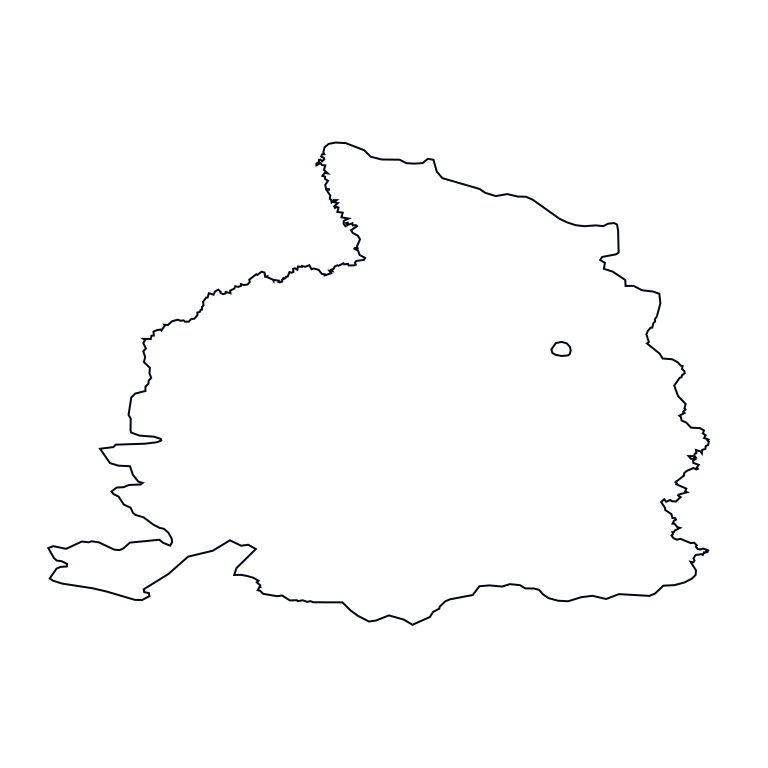 the district of Mwenga, Sud-Kivu, Democratic Republic of the Congo, rotated 92°
{"feature_id": "63176286B33283671139480", "entity_name": "Mwenga", "entity_type": "district", "adm_level": 2, "iso_a3": "COD", "parent_name": "Democratic Republic of the Congo", "parent_adm1": "Sud-Kivu", "projection": "equal_earth", "projection_center": [28.252, -3.387], "detail": "fine", "context": "isolated", "style": "outline", "palette": "ink", "viewbox_px": 768, "rotation_deg": 92, "n_neighbors": 0, "source": "geoboundaries", "source_scale": "gbopen_adm2", "svg_char_len": 6051}
<svg xmlns="http://www.w3.org/2000/svg" viewBox="0 0 768 768"><g transform="rotate(92 384 384)"><path d="M597.9,497.5L599.8,483.5L598.9,478.5L603.6,470.5L603.1,463.6L604.0,462.7L603.0,457.7L604.4,453.3L603.6,449.8L604.6,447.2L603.7,417.9L611.5,409.5L616.5,402.1L621.9,390.8L620.7,383.9L615.1,371.0L618.7,356.2L623.6,347.1L615.3,330.1L610.0,326.9L606.6,320.9L604.6,320.6L599.0,315.1L596.9,310.6L591.8,288.0L582.8,281.6L581.6,271.7L582.3,258.8L579.6,251.1L580.3,241.1L583.3,235.8L583.2,226.6L584.4,221.6L588.6,217.9L592.3,211.9L594.5,202.4L594.7,192.4L590.2,179.5L588.4,168.3L591.1,154.5L585.8,141.8L586.5,111.3L583.9,105.7L575.8,97.8L574.9,86.8L571.8,76.7L567.9,69.7L564.0,65.9L559.3,65.7L550.9,71.5L551.3,68.5L549.6,67.5L547.4,68.6L544.0,66.6L543.0,60.8L543.8,59.5L541.3,58.5L541.7,57.7L540.0,56.5L541.0,56.2L540.7,54.9L539.0,54.2L537.3,59.0L538.4,62.4L537.9,64.7L535.7,66.7L534.3,65.8L531.8,68.5L532.3,71.8L528.4,82.4L529.4,85.8L527.9,89.4L525.4,91.4L524.1,90.1L522.0,90.6L522.1,89.3L520.2,88.2L517.5,83.2L516.8,85.9L513.3,88.9L513.5,90.7L510.5,89.5L509.4,87.4L507.8,88.3L507.8,91.1L504.0,92.2L500.1,98.6L498.0,98.8L492.3,102.9L489.4,99.9L491.9,97.9L489.9,93.9L491.1,92.0L491.3,88.3L486.7,83.6L485.1,86.3L484.3,85.8L481.6,77.3L480.8,79.3L478.0,78.2L474.0,88.4L473.1,87.8L471.9,89.3L465.1,81.0L462.6,80.9L460.1,78.1L457.2,71.9L458.5,68.8L457.8,67.4L456.8,68.6L453.8,66.7L452.1,72.0L449.8,72.4L448.4,70.5L448.1,74.5L445.4,77.1L445.3,72.1L446.6,71.4L446.4,70.1L445.0,71.4L442.8,71.0L442.1,69.4L439.1,69.9L440.4,65.2L442.2,63.9L438.8,63.7L437.6,60.5L435.0,60.4L433.6,58.0L430.2,57.3L429.3,58.7L428.2,57.8L426.8,62.2L424.0,60.8L422.3,63.6L419.2,62.6L417.1,66.7L416.9,75.6L412.0,80.6L410.1,85.3L406.5,86.2L405.4,87.7L402.5,82.7L401.4,84.0L398.8,81.8L397.9,82.9L393.5,81.8L385.9,89.6L375.5,93.9L367.5,88.7L366.9,86.9L364.8,86.5L362.8,83.9L360.7,84.2L358.6,86.7L355.6,86.2L355.4,87.9L352.0,91.3L349.2,97.0L348.8,106.4L344.0,109.6L334.3,122.6L332.8,120.8L325.2,123.5L321.6,122.1L318.4,119.4L318.3,117.8L313.9,117.0L312.1,115.2L309.9,115.6L307.1,113.7L293.7,110.6L284.2,112.0L282.2,118.3L281.3,129.4L277.2,138.0L277.6,146.0L271.6,146.5L263.7,159.4L261.2,168.3L255.3,167.4L252.5,172.3L249.4,170.4L246.3,156.6L244.5,154.1L222.4,155.4L216.5,156.7L215.1,159.7L216.0,165.8L218.6,170.3L218.1,177.9L219.3,189.3L218.6,198.0L216.1,206.6L212.6,214.6L194.5,242.0L191.9,248.8L192.0,256.8L189.9,267.4L192.3,278.8L189.4,289.6L185.8,295.1L176.2,332.9L169.8,338.7L158.2,342.4L157.4,348.0L161.9,353.2L162.7,361.1L162.5,369.4L159.3,376.2L159.7,394.3L157.3,405.2L151.1,411.9L144.6,430.6L144.4,441.0L146.0,447.7L149.6,451.7L154.5,452.7L156.4,451.7L156.6,453.9L158.8,454.7L160.3,451.8L161.5,451.5L163.6,453.6L162.0,455.3L162.3,456.9L164.2,456.7L166.1,459.2L167.8,459.1L165.4,455.1L167.3,453.7L167.6,450.3L172.1,451.5L175.5,447.5L175.2,450.7L178.2,452.8L178.9,450.2L181.1,450.2L182.9,447.0L187.0,449.7L190.8,448.7L191.5,444.9L192.2,448.2L197.6,444.2L200.8,444.7L201.7,443.2L204.2,442.7L202.0,440.9L201.9,437.8L204.0,440.4L204.7,436.5L208.3,440.1L209.7,439.0L208.6,437.2L209.3,435.6L213.7,436.6L214.2,431.2L218.9,432.4L219.9,425.1L222.3,429.9L225.2,430.0L227.7,428.0L226.4,426.0L224.5,427.5L224.0,425.8L226.0,425.2L224.5,421.2L226.6,420.8L226.2,417.7L227.2,416.5L231.5,422.3L234.1,420.5L236.7,415.3L240.2,413.0L247.2,415.8L249.3,415.1L248.9,417.7L249.8,418.3L251.7,414.5L255.9,412.9L258.6,407.3L260.6,408.3L262.0,415.9L263.7,417.3L265.7,416.4L266.5,418.0L266.8,423.5L265.2,424.1L265.8,427.9L264.8,428.7L267.4,433.6L267.1,434.9L268.3,437.3L270.8,438.4L271.6,440.8L273.1,439.5L272.8,442.5L275.1,440.6L277.6,447.1L276.3,447.2L276.2,449.9L272.2,453.3L271.0,458.3L271.8,460.4L267.9,462.8L269.6,466.9L268.9,470.2L269.8,470.3L269.6,474.1L272.9,474.6L271.5,476.9L272.1,478.9L275.1,478.4L276.0,480.4L275.4,482.4L280.0,484.0L280.3,485.8L281.7,486.3L281.3,488.9L282.3,487.6L283.5,489.5L285.1,489.3L286.1,491.6L285.7,493.1L284.4,492.5L283.8,497.8L284.9,497.9L283.5,498.9L281.3,504.4L280.4,504.3L281.0,506.5L276.8,507.3L276.0,510.2L279.4,514.4L278.8,515.5L284.4,522.3L286.6,521.7L289.3,523.8L290.0,527.4L289.2,530.5L291.0,530.4L292.0,533.0L291.5,536.1L293.9,536.9L296.0,541.0L298.7,540.6L297.5,545.4L299.0,545.5L299.8,547.8L298.8,550.6L297.4,550.6L295.5,553.0L297.5,556.2L300.7,557.4L299.4,562.2L303.7,563.3L304.0,564.8L308.1,567.7L311.7,567.1L313.2,568.5L316.0,568.5L316.3,569.9L318.4,570.6L319.1,573.0L321.7,572.8L325.4,575.9L325.8,578.9L328.5,581.4L328.7,585.0L327.4,586.5L327.9,589.4L326.9,592.4L328.7,598.0L332.6,602.1L332.4,605.8L333.5,605.2L338.3,608.3L337.4,609.0L338.0,612.6L339.7,616.2L343.6,615.7L343.9,618.1L347.1,618.6L347.3,626.1L348.5,624.3L351.5,626.0L356.7,623.2L359.8,625.7L365.4,623.6L370.5,624.7L376.0,618.5L381.4,618.8L386.0,616.9L388.9,619.3L391.9,619.4L395.0,622.3L399.3,622.2L402.2,632.2L406.3,636.1L423.8,638.2L427.5,635.9L438.9,635.7L441.3,635.2L444.1,626.6L444.7,611.8L446.7,605.1L448.2,604.7L450.1,608.7L452.0,620.8L454.0,650.0L456.5,652.3L458.6,665.5L472.6,655.1L474.9,646.5L475.0,635.0L483.5,631.8L490.1,626.2L491.3,621.7L492.9,623.7L493.8,635.3L496.2,640.6L496.8,647.6L501.0,652.6L503.4,650.6L505.8,645.3L513.6,639.8L516.5,632.9L521.3,630.5L523.5,627.9L525.6,619.7L532.4,609.9L535.5,603.6L536.4,598.9L540.2,594.2L545.9,590.8L549.4,590.2L553.0,592.1L550.5,599.0L547.5,603.2L551.4,632.4L557.4,638.7L559.2,642.3L559.0,647.7L552.2,663.4L551.4,670.8L552.5,673.4L552.0,680.5L559.8,695.9L557.6,708.9L559.7,713.8L569.4,707.8L571.9,704.9L572.3,700.1L574.9,694.5L577.4,694.4L578.1,701.0L579.9,704.8L590.0,711.3L592.2,707.7L594.7,698.6L598.3,668.2L601.2,653.5L608.4,625.5L608.4,618.3L604.2,611.0L601.1,611.7L600.4,616.3L597.6,617.0L581.4,592.8L563.4,573.8L556.6,549.3L545.6,532.5L550.6,521.2L549.4,514.1L553.4,506.3L573.2,525.1L580.1,527.0L579.7,520.2L580.6,514.3L582.2,507.8L585.0,502.6L586.6,504.3L589.4,500.8L591.2,500.4L591.1,501.3L594.5,503.0L594.9,500.7L597.9,497.5ZM337.0,202.8L340.6,199.3L343.9,198.6L347.6,199.4L349.0,201.1L349.8,207.5L348.8,213.7L347.1,216.8L343.7,217.9L337.2,213.8L335.7,208.0L337.0,202.8Z" fill="none" stroke="#020617" stroke-width="2"/></g></svg>